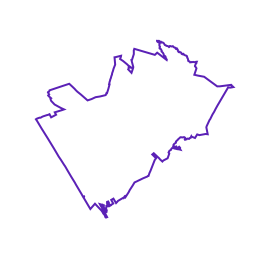 outline of Mapastepec, Chiapas, Mexico, rotated 15°
{"feature_id": "50627088B6586948636564", "entity_name": "Mapastepec", "entity_type": "district", "adm_level": 2, "iso_a3": "MEX", "parent_name": "Mexico", "parent_adm1": "Chiapas", "projection": "orthographic", "projection_center": [-92.868, 15.447], "detail": "fine", "context": "isolated", "style": "outline", "palette": "violet", "viewbox_px": 256, "rotation_deg": 15, "n_neighbors": 0, "source": "geoboundaries", "source_scale": "gbopen_adm2", "svg_char_len": 5722}
<svg xmlns="http://www.w3.org/2000/svg" viewBox="0 0 256 256"><g transform="rotate(15 128 128)"><path d="M174.1,147.0L174.5,142.0L174.4,141.8L173.8,141.5L173.5,141.2L173.8,139.9L173.9,139.4L174.0,139.1L175.1,138.1L175.2,137.2L175.5,136.3L175.8,136.0L176.5,135.8L177.1,135.6L178.0,135.8L179.5,135.7L181.0,135.7L183.0,135.4L183.7,135.4L184.3,135.4L183.6,134.7L183.5,133.7L182.3,132.9L181.6,133.8L181.1,134.9L180.5,134.8L180.6,134.5L179.6,133.6L179.4,134.1L178.9,133.8L176.4,133.8L176.5,133.1L176.3,132.5L176.8,131.3L178.1,129.8L177.8,128.7L178.1,128.2L178.3,127.8L179.2,126.4L179.5,125.6L180.2,124.7L180.5,124.2L180.9,123.5L181.4,123.2L182.8,123.1L184.5,122.3L185.0,122.4L185.6,122.6L185.8,122.9L186.1,123.8L185.2,124.8L185.7,124.6L186.2,124.6L187.0,124.0L187.2,123.9L187.5,123.8L187.6,123.5L187.6,123.2L188.6,122.7L189.3,122.8L189.5,122.7L189.8,122.7L190.1,122.2L190.2,121.8L190.6,121.5L190.9,121.3L191.1,121.2L191.1,120.6L191.3,119.5L191.7,119.9L195.3,120.3L196.5,116.3L198.8,116.4L204.5,113.7L206.6,113.4L203.5,107.1L203.5,106.0L204.7,99.1L205.1,98.2L206.1,93.1L207.0,90.1L207.7,86.8L208.6,83.2L214.2,62.9L216.5,62.5L219.2,61.2L218.1,60.6L217.9,60.6L217.5,60.5L217.1,60.3L217.0,59.9L216.5,59.6L205.9,64.0L203.4,64.7L188.3,58.8L181.8,59.3L178.3,59.4L178.7,52.7L178.5,52.4L177.7,51.8L177.5,51.5L177.0,51.2L176.7,51.0L176.6,50.8L176.7,50.0L176.8,49.0L176.9,48.6L177.0,47.9L177.3,47.5L177.1,46.7L177.2,46.2L176.8,46.3L176.2,46.7L176.1,46.9L175.8,47.1L175.2,47.1L174.8,47.3L173.8,47.3L172.5,48.0L172.3,48.0L172.0,47.9L171.1,48.5L170.8,48.2L170.5,48.1L170.3,47.9L169.7,47.7L169.3,47.8L169.1,47.8L168.9,47.6L168.7,47.4L168.4,46.5L168.0,45.8L167.6,45.2L167.1,44.9L166.9,44.6L166.9,44.3L166.6,43.9L166.4,43.4L165.4,43.0L164.8,43.1L163.0,42.7L162.6,42.2L162.3,42.0L162.1,42.1L162.1,42.5L161.8,42.7L161.6,42.7L160.9,42.6L160.5,42.4L160.1,41.7L159.4,41.3L158.7,41.4L158.4,41.2L157.8,41.6L157.2,41.5L157.0,41.3L156.9,40.8L156.6,40.7L156.4,40.7L156.2,40.6L155.9,39.7L155.7,39.4L155.3,39.1L154.5,38.4L154.1,38.5L154.0,39.2L153.8,39.2L153.6,39.0L153.4,38.6L153.2,38.5L153.1,38.3L152.8,38.2L152.2,38.3L151.8,38.1L151.4,38.1L150.7,37.8L150.3,37.4L150.0,37.4L149.2,37.9L148.7,38.0L147.8,37.9L147.2,38.0L146.8,38.4L146.8,39.1L146.7,39.2L146.2,38.9L145.8,38.7L144.8,38.6L144.0,38.7L143.7,38.7L143.1,38.3L142.2,38.3L142.0,38.2L140.7,36.9L139.4,36.4L139.0,36.4L138.1,36.9L137.7,36.9L137.6,36.6L137.6,36.2L137.4,36.1L136.6,36.5L135.7,35.9L135.3,35.8L134.0,36.2L133.5,36.3L133.6,36.6L133.9,36.9L134.3,36.9L134.5,37.1L134.8,37.1L134.9,37.3L135.4,37.3L135.7,37.5L136.1,37.6L136.6,38.1L136.8,38.5L136.7,38.9L136.7,39.4L136.8,39.5L136.9,40.0L137.1,40.5L137.8,41.1L137.9,42.0L137.7,42.6L138.0,43.0L138.5,43.2L139.0,43.2L139.3,43.3L139.9,43.9L140.1,44.2L140.5,44.5L140.6,44.9L140.5,45.1L140.6,45.4L142.1,46.2L142.7,46.8L143.2,47.3L143.9,48.6L144.2,48.7L145.0,48.9L145.6,49.2L145.9,49.6L146.1,50.4L146.3,50.6L146.9,50.9L147.2,51.5L147.8,52.0L147.8,52.3L136.7,47.7L135.0,50.4L113.6,49.9L113.5,51.5L114.5,55.1L114.2,61.5L113.8,61.6L117.3,67.7L116.9,68.9L117.4,69.0L117.1,73.8L113.0,71.3L113.2,70.5L112.9,69.0L116.2,69.0L112.2,67.6L110.6,66.7L106.0,64.6L102.5,63.4L102.7,60.9L102.6,60.0L97.4,62.9L96.7,63.2L99.2,70.1L98.7,74.5L98.7,76.8L98.5,79.3L98.7,80.5L98.5,82.0L98.5,84.5L98.3,85.8L98.4,86.9L98.3,87.9L98.4,90.7L98.9,90.7L98.9,95.4L98.7,99.8L98.2,99.8L97.9,102.0L96.1,103.0L92.8,104.8L89.0,106.5L88.5,106.8L85.3,109.5L81.8,111.8L73.9,107.9L69.6,106.0L67.5,104.8L66.5,104.1L63.6,102.5L59.8,100.5L54.3,104.1L42.5,111.9L42.4,112.9L42.1,113.4L41.7,113.7L41.5,114.0L41.4,114.3L41.5,114.5L42.3,114.8L42.5,115.1L42.6,115.7L42.7,115.9L43.2,116.2L42.9,116.8L42.6,117.1L42.5,117.3L43.7,118.1L44.3,118.3L45.1,118.7L45.9,119.1L45.4,119.6L45.9,120.5L46.9,121.8L51.0,124.3L55.0,125.3L58.4,126.1L61.4,126.6L59.8,127.7L53.2,131.8L55.1,133.8L51.0,137.6L48.6,135.0L47.4,136.0L46.4,136.5L42.9,138.8L41.6,139.9L41.4,140.2L41.0,140.6L40.6,140.8L39.9,140.9L37.6,142.5L36.8,143.4L38.2,144.6L44.7,150.9L53.2,158.8L61.7,166.9L66.8,171.9L68.4,173.5L71.3,176.0L72.4,177.0L76.0,180.3L77.1,181.2L80.7,184.8L85.8,189.8L90.9,194.6L92.2,196.0L96.3,200.0L96.5,200.2L96.8,200.5L100.3,203.9L101.7,205.4L102.4,205.9L102.6,206.1L102.8,206.0L102.9,205.9L102.9,205.7L103.2,205.4L103.4,205.6L103.4,205.9L103.2,206.3L103.0,206.7L103.5,207.1L108.6,212.1L112.6,216.0L115.7,209.7L123.7,214.6L125.7,216.3L126.0,216.8L126.4,217.1L128.3,218.4L129.0,219.7L129.5,220.1L129.9,220.2L130.9,219.5L129.1,217.6L128.1,216.3L126.8,215.2L126.1,214.2L125.7,213.8L123.7,212.1L123.1,211.3L122.1,210.5L120.5,208.8L124.7,208.9L124.8,209.5L124.6,209.5L124.0,209.1L124.0,209.6L124.7,210.1L125.0,210.4L125.4,211.2L125.8,211.5L126.2,212.1L126.9,212.7L129.3,215.6L129.1,215.3L128.9,214.6L128.7,214.2L128.9,213.6L128.8,213.1L128.5,212.6L128.2,212.4L127.8,211.8L127.8,211.5L127.5,210.9L127.5,210.6L127.7,210.0L127.2,208.9L127.3,208.7L127.5,208.6L127.8,208.6L128.5,208.8L128.8,208.7L129.1,208.5L129.5,208.3L129.8,208.0L130.1,208.4L130.5,208.0L130.3,208.0L130.2,207.7L129.8,207.3L128.6,207.4L128.4,207.2L128.0,207.1L127.6,206.8L127.5,206.7L127.3,206.2L127.2,205.7L127.4,205.3L127.2,205.2L127.1,205.3L126.9,205.0L126.9,204.8L127.9,204.1L128.8,205.1L128.4,205.5L128.9,205.9L129.5,206.6L130.0,206.7L130.2,206.9L130.6,207.1L130.8,207.3L133.3,204.8L130.4,201.8L132.2,200.0L135.9,203.6L136.8,201.9L137.2,201.0L141.8,196.3L142.0,196.5L142.4,195.2L142.9,195.6L143.1,194.9L143.4,195.2L143.5,195.3L144.8,191.3L145.3,189.7L145.7,187.6L147.4,182.4L148.4,178.9L155.7,172.6L159.2,169.9L159.6,169.2L160.2,169.0L160.4,165.9L160.8,163.6L162.1,152.1L163.0,149.8L162.5,149.3L162.3,149.6L158.3,147.3L159.4,145.7L164.2,148.3L165.6,149.0L167.2,150.1L169.9,151.5L170.5,150.3L174.1,147.0Z" fill="none" stroke="#5b21b6" stroke-width="2"/></g></svg>